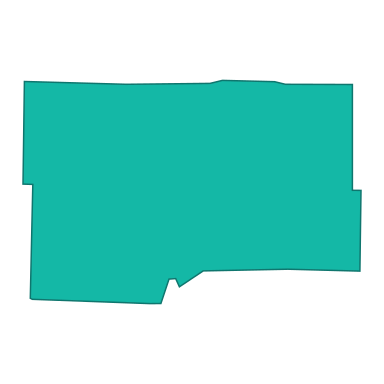 Maries, Missouri, United States of America (Equal Earth projection)
{"feature_id": "52423323B55894153877564", "entity_name": "Maries", "entity_type": "district", "adm_level": 2, "iso_a3": "USA", "parent_name": "United States of America", "parent_adm1": "Missouri", "projection": "equal_earth", "projection_center": [-91.92, 38.152], "detail": "fine", "context": "isolated", "style": "filled", "palette": "teal", "viewbox_px": 384, "rotation_deg": 0, "n_neighbors": 0, "source": "geoboundaries", "source_scale": "gbopen_adm2", "svg_char_len": 407}
<svg xmlns="http://www.w3.org/2000/svg" viewBox="0 0 384 384"><path d="M361.0,190.4L352.4,190.3L352.4,84.5L285.4,84.3L274.6,81.7L222.4,80.4L210.0,83.4L126.2,84.3L24.4,81.5L23.3,162.3L23.0,184.1L32.8,184.4L30.3,298.3L32.3,299.3L128.2,302.8L149.9,303.6L160.9,303.5L169.0,279.1L175.7,278.6L179.4,286.8L203.2,270.9L287.9,269.2L359.9,271.1L361.0,190.4Z" fill="#14b8a6" stroke="#0f766e" stroke-width="1.5"/></svg>